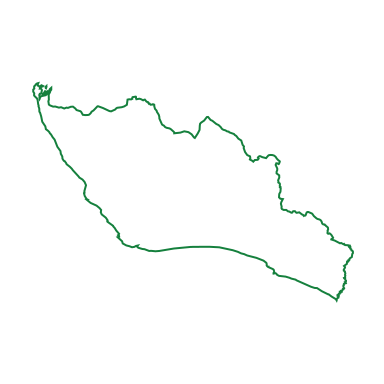 the district of Jembrana, Bali, Indonesia, rotated 3°
{"feature_id": "22746128B85592790675198", "entity_name": "Jembrana", "entity_type": "district", "adm_level": 2, "iso_a3": "IDN", "parent_name": "Indonesia", "parent_adm1": "Bali", "projection": "orthographic", "projection_center": [114.641, -8.314], "detail": "fine", "context": "isolated", "style": "outline", "palette": "green", "viewbox_px": 384, "rotation_deg": 3, "n_neighbors": 0, "source": "geoboundaries", "source_scale": "gbopen_adm2", "svg_char_len": 5973}
<svg xmlns="http://www.w3.org/2000/svg" viewBox="0 0 384 384"><g transform="rotate(3 192 192)"><path d="M45.0,99.7L45.1,98.8L46.1,97.2L46.0,95.3L44.7,96.6L43.5,99.4L40.9,103.0L36.1,104.3L35.7,104.7L35.6,105.3L34.8,106.1L35.1,106.8L35.0,107.0L34.7,105.9L35.3,105.1L34.5,104.0L34.4,102.4L34.0,102.2L34.4,102.2L35.0,101.8L35.5,101.9L36.8,101.3L36.4,100.5L36.8,98.1L36.3,97.3L35.5,96.7L35.6,96.1L34.7,96.5L34.8,95.9L34.4,95.4L34.4,94.5L32.4,93.8L32.2,93.1L32.8,91.3L31.6,91.7L30.3,92.8L29.8,93.9L29.1,94.4L28.8,95.3L29.1,97.0L28.1,98.0L28.2,100.1L29.3,101.7L29.2,103.6L29.6,104.3L32.3,106.7L33.0,108.2L33.8,112.4L34.3,113.6L34.2,114.3L35.1,116.7L35.4,119.8L36.1,120.7L37.4,124.3L38.8,129.7L42.1,134.1L42.8,136.9L45.0,138.4L46.4,139.7L47.0,140.8L48.2,141.9L50.0,144.6L52.0,146.8L55.2,153.9L58.5,158.0L59.0,160.7L60.6,163.3L60.9,165.5L61.8,166.8L62.4,167.6L63.2,167.8L64.8,169.7L65.3,170.8L68.7,173.2L70.7,175.0L71.9,176.5L78.2,182.7L78.6,183.4L82.0,185.3L84.2,187.6L85.8,190.8L84.5,196.7L84.7,198.3L84.3,198.4L84.2,198.9L85.1,201.6L87.1,204.5L87.7,204.8L87.0,205.0L91.3,208.2L97.4,210.6L100.5,212.9L101.8,214.3L102.2,214.7L102.0,217.1L103.0,219.1L107.2,222.1L109.1,224.5L109.3,225.3L108.9,225.6L109.1,226.1L115.0,229.9L115.1,230.4L116.7,232.0L118.4,234.5L121.4,237.6L121.0,238.5L120.4,239.0L121.2,239.9L121.4,239.7L121.6,240.4L120.1,241.0L124.8,244.9L125.5,247.0L129.2,248.8L132.3,249.4L135.0,250.3L137.3,249.8L138.9,248.8L140.7,248.3L140.0,249.4L141.3,250.5L145.4,251.5L147.5,251.6L152.3,253.1L154.4,252.9L158.6,253.1L162.4,252.6L176.8,249.4L193.7,246.9L206.6,246.1L212.8,245.8L222.1,245.8L235.8,248.0L241.1,249.4L244.2,250.7L247.3,251.3L250.4,252.5L259.8,254.4L267.0,256.8L269.9,258.8L270.4,260.1L270.4,261.4L270.9,262.1L271.6,262.7L272.2,262.6L272.2,262.9L272.7,263.2L276.7,264.7L277.6,265.3L278.2,267.0L278.2,267.7L277.6,268.7L277.7,269.2L279.6,268.7L280.5,269.2L281.4,270.3L283.3,271.2L289.9,271.6L294.0,272.6L295.8,273.3L300.1,274.1L300.9,274.7L315.8,280.4L319.5,281.4L321.9,281.4L326.9,284.3L333.4,287.1L333.8,287.0L336.7,289.0L341.3,291.5L342.1,292.7L342.2,292.3L341.9,291.6L343.0,290.1L343.7,289.9L343.9,288.9L343.7,288.5L342.7,288.1L342.7,287.4L343.9,287.4L343.6,286.5L343.8,286.1L344.8,285.8L344.7,285.3L345.3,285.0L344.8,284.3L344.8,283.9L346.1,283.9L345.7,283.3L345.8,282.9L347.1,282.8L347.6,281.1L348.4,281.2L349.0,280.1L348.4,279.4L348.1,278.4L348.1,277.4L348.6,276.9L348.4,276.1L348.6,275.6L350.3,275.1L349.5,273.9L350.4,273.5L350.4,272.4L349.7,271.8L349.4,270.7L348.5,270.3L348.3,269.9L349.4,269.5L349.2,269.1L349.5,267.4L349.1,266.8L349.4,265.1L348.7,263.7L348.8,263.3L347.7,262.6L347.6,261.7L348.6,259.8L348.8,259.0L347.7,257.9L350.4,255.7L350.5,253.4L351.7,253.3L351.9,252.9L351.6,252.1L352.7,251.7L352.8,251.2L352.6,250.8L353.3,249.8L355.0,248.6L355.3,245.5L355.9,244.6L355.8,243.1L355.3,242.3L354.3,242.0L354.0,240.8L353.0,240.3L352.8,239.5L352.4,239.2L353.1,238.6L352.4,237.2L351.1,237.3L351.0,237.5L350.7,237.0L347.6,237.0L346.6,235.9L346.1,236.3L343.6,235.1L342.5,235.5L337.0,233.0L333.6,232.1L333.7,231.7L334.8,231.2L335.3,230.3L333.3,227.4L331.6,226.1L330.2,226.6L329.4,225.9L329.6,223.8L329.4,223.3L329.9,222.3L329.7,220.7L329.2,220.0L327.6,218.9L327.0,218.2L326.4,218.0L326.1,217.5L324.8,217.5L323.7,216.7L322.9,214.6L321.8,213.3L320.8,212.8L318.6,212.3L317.7,211.8L315.0,209.7L313.2,207.4L312.6,207.1L309.3,205.9L308.5,205.9L307.6,206.4L306.6,209.4L306.1,209.7L305.3,209.6L304.9,210.0L304.0,209.0L302.9,208.6L300.2,206.7L297.6,207.3L297.1,207.1L295.8,205.8L294.7,205.8L293.8,206.1L293.2,207.3L292.3,207.5L290.1,206.4L288.9,206.3L287.1,205.0L284.4,205.1L282.7,204.3L282.2,203.4L282.3,201.9L281.4,199.1L281.7,197.5L283.1,194.3L280.6,194.1L279.2,192.8L279.2,190.3L279.3,189.2L280.3,187.2L280.4,183.7L279.6,182.8L280.1,182.3L279.3,181.4L279.4,179.6L279.2,178.9L277.7,178.0L277.8,177.1L277.4,175.8L278.4,173.0L278.2,170.8L275.5,169.0L275.4,167.4L276.0,165.6L275.9,164.0L274.1,160.6L274.7,158.9L276.0,159.0L277.0,159.6L277.4,159.3L278.1,157.1L277.8,156.5L276.7,155.9L274.9,154.2L273.7,152.5L272.2,151.4L270.5,150.9L268.3,150.9L266.9,151.2L266.2,151.7L264.2,154.3L260.3,153.5L258.4,152.7L257.4,152.7L256.2,153.8L256.0,154.2L256.8,155.2L256.1,156.2L255.9,156.4L253.0,156.8L251.6,158.5L250.6,157.7L248.1,156.5L248.5,155.2L248.1,153.4L245.2,152.2L242.9,149.3L241.3,145.4L241.5,143.8L240.1,142.3L238.5,138.0L235.5,136.3L233.3,133.7L231.7,132.8L230.9,131.9L226.2,130.5L225.5,129.8L223.8,129.6L222.2,128.7L220.0,128.2L218.5,127.3L217.4,125.8L215.1,123.8L212.7,122.8L208.6,119.8L206.8,119.1L204.1,116.2L202.9,116.4L200.4,120.0L197.4,122.3L196.5,123.4L196.3,125.4L196.3,129.6L194.7,133.2L192.0,137.9L191.1,137.4L188.6,134.4L185.3,132.4L181.1,131.8L177.3,133.3L171.2,134.3L171.2,133.5L170.6,132.8L167.6,130.4L166.3,129.7L163.2,129.2L161.7,128.5L160.5,127.2L158.8,126.4L158.4,125.9L155.6,120.4L155.4,118.5L154.7,116.5L152.7,113.7L152.4,112.6L150.7,110.9L149.8,108.2L149.8,107.0L149.4,106.6L148.4,106.4L148.2,106.7L146.0,107.0L145.1,106.0L144.6,106.2L144.5,105.8L143.8,105.5L143.7,104.9L143.1,104.4L142.1,104.3L141.6,103.9L140.1,102.2L139.5,102.3L138.4,103.0L136.0,101.9L134.6,101.6L131.6,102.3L131.2,101.5L131.1,100.0L130.8,99.7L127.7,100.4L127.3,101.5L127.5,102.1L126.4,102.7L124.3,102.7L122.8,103.1L122.4,108.3L119.8,110.1L117.4,111.0L112.9,111.8L112.0,112.4L110.9,113.7L107.0,115.7L105.3,115.5L98.7,112.8L93.8,111.3L93.1,111.4L89.4,115.7L87.5,117.1L86.7,118.6L85.3,120.1L84.3,120.5L81.3,120.8L78.9,120.6L77.2,117.9L76.4,117.2L72.4,116.2L71.2,114.8L68.7,113.0L66.6,113.2L63.7,114.5L62.3,114.3L60.0,115.3L56.8,114.2L54.7,114.7L51.0,113.8L48.8,114.0L45.8,113.0L44.5,112.2L43.8,108.9L44.2,107.4L43.9,103.2L43.6,102.7L45.0,99.7ZM40.0,99.0L37.9,102.6L38.1,103.2L38.6,103.2L39.8,102.5L41.4,101.0L42.3,99.5L42.2,99.2L41.3,100.0L40.7,100.1L40.6,99.8L41.1,99.4L40.0,99.0ZM37.8,94.0L36.0,93.3L35.7,93.6L35.9,94.2L36.5,94.6L37.4,94.5L37.8,94.0ZM41.0,94.3L41.0,93.9L40.2,94.7L40.6,96.0L40.8,96.1L41.2,94.5L41.0,94.3Z" fill="none" stroke="#15803d" stroke-width="2"/></g></svg>